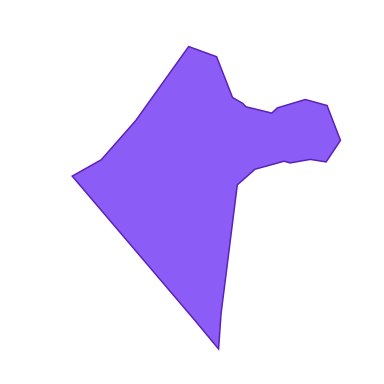 Ad Dakhliyah, Mercator projection, rotated 23°
{"feature_id": "OMN-2404", "entity_name": "Ad Dakhliyah", "entity_type": "Region", "adm_level": 1, "iso_a3": "OMN", "parent_name": "Oman", "parent_adm1": "", "projection": "mercator", "projection_center": [57.794, 22.3], "detail": "fine", "context": "isolated", "style": "filled", "palette": "violet", "viewbox_px": 384, "rotation_deg": 23, "n_neighbors": 0, "source": "natural_earth", "source_scale": "10m", "svg_char_len": 446}
<svg xmlns="http://www.w3.org/2000/svg" viewBox="0 0 384 384"><g transform="rotate(23 192 192)"><path d="M256.5,258.0L266.3,292.7L277.8,326.1L245.1,309.2L75.5,224.2L95.9,197.7L112.3,148.2L132.1,59.4L161.8,57.9L192.4,89.2L204.2,90.6L208.2,92.5L234.6,88.2L237.7,81.2L260.2,62.6L282.5,59.6L308.5,86.5L303.7,111.9L288.1,115.8L271.0,126.9L264.7,127.7L241.1,146.4L230.9,167.7L256.5,258.0Z" fill="#8b5cf6" stroke="#5b21b6" stroke-width="1.5"/></g></svg>